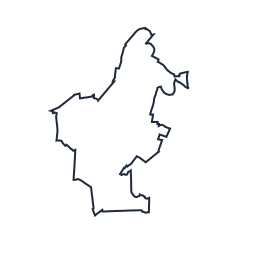 the district of Carei, Satu Mare, Romania, rotated 310°
{"feature_id": "2599482B21413362198639", "entity_name": "Carei", "entity_type": "district", "adm_level": 2, "iso_a3": "ROU", "parent_name": "Romania", "parent_adm1": "Satu Mare", "projection": "natural_earth1", "projection_center": [22.485, 47.66], "detail": "fine", "context": "isolated", "style": "outline", "palette": "slate", "viewbox_px": 256, "rotation_deg": 310, "n_neighbors": 0, "source": "geoboundaries", "source_scale": "gbopen_adm2", "svg_char_len": 5382}
<svg xmlns="http://www.w3.org/2000/svg" viewBox="0 0 256 256"><g transform="rotate(310 128 128)"><path d="M73.7,193.6L73.9,193.9L74.0,194.9L74.1,195.2L74.6,196.0L74.8,196.4L75.0,196.6L75.5,196.9L75.9,197.0L76.1,197.1L76.3,197.2L76.5,197.4L76.8,198.1L78.8,196.6L82.2,193.9L86.3,190.7L88.1,189.1L87.9,189.0L87.6,188.8L87.2,188.6L86.7,188.4L86.3,188.2L86.0,187.8L85.6,187.1L85.5,186.7L85.4,186.1L85.4,185.7L86.2,185.1L86.1,184.8L86.0,184.5L85.7,183.9L85.8,183.7L86.0,183.6L86.1,183.3L86.1,183.2L85.8,182.8L85.7,182.5L85.5,182.0L85.3,181.6L84.8,181.0L84.7,180.8L84.6,180.5L84.6,180.4L84.7,180.0L84.7,179.8L84.1,180.0L83.8,180.3L83.6,180.4L83.4,180.4L83.2,180.3L82.9,180.1L82.2,179.7L81.2,179.4L80.9,179.2L80.3,178.6L80.1,178.3L80.0,178.1L80.0,177.9L79.9,177.6L79.8,177.0L79.8,176.2L79.9,175.8L80.2,174.8L80.2,174.6L80.3,174.2L80.4,173.7L80.6,172.9L80.7,172.5L81.0,172.0L81.4,171.5L81.7,171.1L82.6,170.3L85.9,167.5L91.1,163.0L94.6,159.8L97.2,157.4L96.3,157.3L96.0,157.1L95.5,156.9L95.1,156.8L94.2,156.4L93.5,156.6L93.0,156.8L92.4,157.1L92.0,157.2L91.7,157.1L91.4,157.0L91.2,156.7L90.9,156.5L90.5,156.0L90.4,155.8L90.4,155.4L90.3,155.0L90.2,154.7L89.7,154.2L89.3,153.9L88.9,153.6L88.7,153.6L88.1,153.5L87.9,153.4L87.9,153.2L88.0,153.1L87.9,152.9L87.8,152.6L87.7,152.2L87.7,151.9L87.6,151.5L89.7,151.2L89.8,151.3L91.2,151.1L94.8,150.5L95.0,151.3L96.8,151.0L98.4,151.0L98.3,151.5L98.0,152.2L102.8,153.4L104.4,153.3L108.0,153.1L112.0,152.9L112.7,156.0L113.1,162.7L113.1,163.6L120.3,165.0L124.1,165.7L129.8,166.9L130.0,166.0L140.7,161.9L139.4,159.6L138.7,158.3L139.6,158.0L140.1,157.7L142.4,156.8L143.4,156.4L145.9,163.1L148.3,162.4L154.6,160.6L154.0,159.3L153.4,157.3L153.2,156.9L152.9,156.1L152.8,155.5L152.8,155.2L153.0,154.9L152.6,153.1L152.3,152.2L151.8,151.5L151.0,151.0L150.0,150.5L149.4,150.3L151.0,149.2L149.9,148.0L151.7,146.8L148.6,143.2L148.0,142.4L151.0,140.6L154.4,138.5L153.5,137.5L153.4,137.5L152.6,136.5L152.6,136.3L152.7,136.2L152.8,136.1L155.9,134.8L157.6,134.0L157.9,134.0L158.8,133.6L161.9,132.4L164.7,130.9L166.3,129.8L166.8,129.5L168.0,128.8L168.7,128.6L171.5,127.7L173.3,126.7L174.2,126.4L176.0,125.7L176.7,125.4L177.9,124.7L180.8,126.5L180.7,126.7L179.8,128.3L179.3,129.0L179.2,129.3L179.0,130.2L178.5,132.4L178.3,132.9L178.2,133.2L178.4,134.1L178.6,134.9L178.8,135.9L179.4,137.5L179.5,137.8L181.6,139.9L181.9,140.2L182.3,140.6L183.8,140.4L185.0,140.3L185.3,140.3L185.5,140.2L186.0,140.0L186.6,139.7L187.7,138.8L189.1,137.5L189.7,136.8L191.5,134.9L192.0,134.5L193.1,134.0L194.2,133.6L194.3,133.7L195.7,133.1L195.6,133.9L195.4,134.9L195.5,135.4L195.5,135.6L195.6,136.3L195.6,137.5L196.2,138.0L196.4,140.5L196.5,142.0L196.6,142.9L196.4,145.4L196.5,145.9L196.8,147.3L196.9,148.3L197.5,148.4L197.7,148.1L197.7,147.4L200.4,145.0L200.3,144.8L201.9,143.2L205.7,139.6L205.9,139.7L206.0,139.6L209.4,137.7L207.6,136.2L203.2,132.9L201.4,133.1L200.8,133.6L200.8,134.1L200.7,134.1L199.8,133.1L198.6,131.7L197.4,130.4L198.5,129.0L198.7,128.9L198.1,126.9L197.7,125.0L197.6,124.7L197.7,123.7L197.8,123.2L197.6,121.3L197.5,121.1L197.6,120.9L198.7,116.0L198.9,114.7L198.9,114.4L198.1,108.8L197.8,108.4L200.2,107.3L198.8,100.9L198.8,100.7L198.6,100.0L199.5,99.9L202.7,99.1L203.9,98.5L204.6,98.1L205.1,97.6L205.6,97.0L205.9,96.6L206.5,95.2L206.6,94.6L206.7,93.6L206.9,92.6L207.0,92.2L207.0,91.7L206.9,90.5L206.9,90.3L206.7,90.1L206.0,89.2L205.3,88.6L204.5,87.8L204.3,87.6L204.3,87.4L207.9,87.4L215.9,87.4L215.0,86.7L214.9,86.7L214.8,86.3L214.5,85.8L214.6,85.7L216.2,82.6L215.9,79.4L215.8,78.3L215.4,78.2L215.0,77.9L215.8,76.9L215.4,76.6L213.9,75.3L212.7,74.3L211.8,73.7L211.1,73.3L210.5,73.0L209.7,72.7L209.2,72.6L208.2,72.4L207.5,72.3L206.5,72.2L202.2,72.2L193.9,72.1L190.3,72.1L190.0,73.0L190.0,73.3L186.9,73.3L185.7,73.9L185.0,74.2L183.7,74.8L182.5,75.4L177.9,77.4L175.5,79.4L173.6,80.5L170.6,81.7L167.7,82.8L166.4,80.7L166.0,80.3L158.7,85.0L158.3,85.6L155.9,85.9L153.9,86.4L154.8,87.5L131.5,87.5L129.8,87.5L130.0,87.2L130.2,86.8L130.2,86.4L130.2,86.0L130.0,84.9L129.0,82.5L130.4,81.5L131.2,81.0L131.5,80.8L131.7,80.5L130.4,79.9L130.2,79.9L130.0,80.4L130.0,80.5L129.7,80.8L125.0,76.8L122.7,74.7L119.8,72.2L123.2,68.7L119.0,65.6L118.9,65.9L118.7,65.9L118.6,65.7L116.6,65.3L112.7,64.5L111.4,64.2L102.9,62.5L99.4,61.8L99.2,61.6L98.7,61.4L97.2,60.7L95.5,59.8L92.6,58.4L91.7,57.9L92.4,59.2L92.5,59.6L92.5,59.8L91.1,60.6L91.1,61.0L91.4,61.4L92.8,62.0L93.0,62.2L93.1,62.3L93.6,63.8L93.5,64.0L92.2,64.6L91.0,65.3L89.9,66.2L86.5,69.8L85.5,70.8L83.6,72.9L83.1,73.3L81.9,74.5L81.1,75.3L80.1,76.1L72.4,81.3L72.7,81.5L73.0,81.8L73.4,82.3L75.2,84.9L75.4,85.3L75.4,85.6L75.4,85.8L74.9,86.5L74.7,87.0L74.6,87.5L74.5,88.0L74.3,89.3L74.1,91.0L74.1,91.5L75.7,91.7L75.3,98.3L75.6,98.5L75.4,100.7L77.4,101.7L63.0,112.5L53.3,119.6L54.5,120.9L54.6,121.1L55.7,121.9L56.5,122.3L56.7,122.5L56.9,123.2L57.2,123.7L57.2,123.8L57.4,124.5L57.5,125.3L57.8,126.4L57.8,126.5L57.8,126.8L57.9,128.5L58.2,131.8L58.7,136.3L58.9,137.6L58.8,137.8L57.9,138.8L56.8,139.9L50.8,146.4L50.6,146.6L49.5,147.8L44.4,153.2L44.2,153.3L43.2,153.0L42.2,154.7L39.8,158.9L41.2,159.2L41.9,159.3L45.9,160.2L47.8,160.6L48.4,160.8L48.7,160.9L48.1,161.5L47.9,161.8L47.6,162.1L48.8,163.5L52.3,167.3L53.7,168.9L55.2,170.5L56.4,171.8L61.0,177.0L65.5,181.9L72.9,190.3L73.3,190.9L73.5,191.1L73.6,191.3L73.6,191.5L73.5,191.8L73.2,192.2L73.1,192.5L73.1,192.9L73.2,193.2L73.4,193.4L73.7,193.6Z" fill="none" stroke="#1e293b" stroke-width="2"/></g></svg>